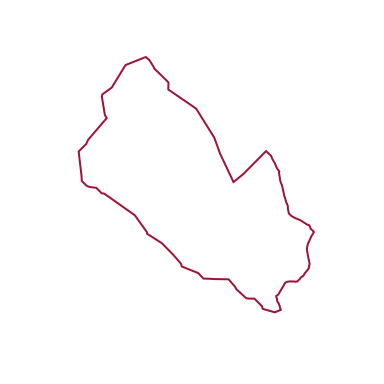 Biase, Cross River, Nigeria (Mercator projection), rotated 158°
{"feature_id": "59680162B11436342937739", "entity_name": "Biase", "entity_type": "district", "adm_level": 2, "iso_a3": "NGA", "parent_name": "Nigeria", "parent_adm1": "Cross River", "projection": "mercator", "projection_center": [8.001, 5.543], "detail": "fine", "context": "isolated", "style": "outline", "palette": "rose", "viewbox_px": 384, "rotation_deg": 158, "n_neighbors": 0, "source": "geoboundaries", "source_scale": "gbopen_adm2", "svg_char_len": 1723}
<svg xmlns="http://www.w3.org/2000/svg" viewBox="0 0 384 384"><g transform="rotate(158 192 192)"><path d="M109.4,83.8L109.3,84.3L109.1,85.6L108.8,87.3L108.4,89.1L108.2,90.3L107.7,92.3L107.6,92.7L107.6,93.0L107.0,95.8L105.2,98.8L103.4,101.2L101.1,103.1L98.1,106.1L93.9,109.2L94.5,111.0L95.7,113.4L95.7,117.2L97.4,118.6L99.3,121.3L101.8,124.9L104.1,127.2L104.2,127.3L106.6,129.7L109.0,132.8L110.2,135.8L109.6,139.4L109.2,140.9L108.4,143.1L108.4,146.1L108.5,147.3L107.9,152.2L107.9,154.0L107.3,157.0L106.7,160.7L106.1,164.3L106.1,165.2L106.1,168.6L105.7,170.3L105.0,173.4L104.1,177.5L103.3,178.5L104.0,180.6L104.4,183.1L104.4,187.4L105.1,192.2L105.1,195.9L107.7,201.5L108.0,202.2L137.3,189.6L149.8,185.7L151.6,217.1L151.3,224.3L151.0,234.1L156.9,267.7L175.6,295.9L172.8,302.3L173.4,303.9L180.7,320.6L180.7,322.3L182.1,330.3L184.2,334.3L184.8,334.5L206.1,334.6L227.3,318.9L238.6,316.1L239.9,314.0L243.9,296.1L243.4,292.5L268.8,279.3L272.1,276.2L281.9,272.0L288.5,248.0L290.1,243.4L287.2,237.0L285.3,235.2L279.2,231.7L276.2,224.7L274.0,223.4L253.7,191.8L248.8,171.5L249.3,170.1L239.1,155.8L232.7,140.3L229.1,129.8L229.3,126.7L216.5,114.4L213.9,107.5L208.5,105.1L204.1,103.0L191.6,97.7L190.7,97.2L188.2,89.9L187.7,88.5L187.2,85.1L181.5,73.2L179.0,71.8L174.8,70.1L174.1,69.8L169.9,59.9L170.2,57.2L160.3,49.4L153.8,49.5L153.8,51.4L153.6,52.6L153.4,53.5L153.4,55.3L153.3,56.2L153.7,57.2L153.9,59.3L153.1,61.1L153.3,62.0L153.1,62.8L153.0,63.9L150.3,64.7L139.4,73.0L137.7,73.1L135.1,72.6L132.8,71.6L132.1,71.4L129.8,70.1L127.9,69.6L126.7,70.2L124.9,70.8L123.1,72.0L120.1,72.6L117.7,74.5L116.0,75.4L115.3,75.7L114.5,76.2L112.3,77.5L111.7,78.7L109.9,81.2L109.5,83.1L109.4,83.8Z" fill="none" stroke="#9f1239" stroke-width="2"/></g></svg>